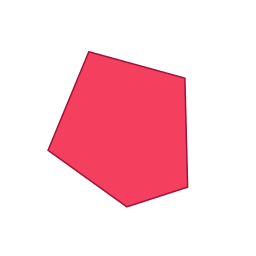 outline of Kagan, Bukhoro, Uzbekistan, rotated 230°
{"feature_id": "79887680B8503255979419", "entity_name": "Kagan", "entity_type": "district", "adm_level": 2, "iso_a3": "UZB", "parent_name": "Uzbekistan", "parent_adm1": "Bukhoro", "projection": "natural_earth1", "projection_center": [64.547, 39.674], "detail": "fine", "context": "isolated", "style": "filled", "palette": "rose", "viewbox_px": 256, "rotation_deg": 230, "n_neighbors": 0, "source": "geoboundaries", "source_scale": "gbopen_adm2", "svg_char_len": 239}
<svg xmlns="http://www.w3.org/2000/svg" viewBox="0 0 256 256"><g transform="rotate(230 128 128)"><path d="M211.6,147.0L162.3,52.4L68.4,76.4L44.4,135.7L129.6,203.6L211.6,147.0Z" fill="#f43f5e" stroke="#9f1239" stroke-width="1.5"/></g></svg>